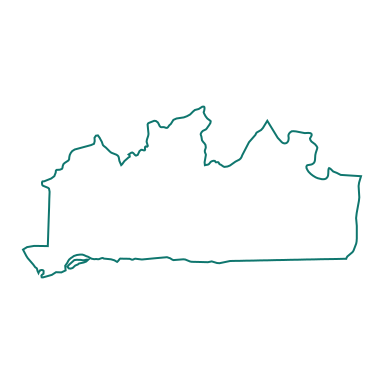 an SVG outline of Bas-Congo
{"feature_id": "COD-1883", "entity_name": "Bas-Congo", "entity_type": "Province", "adm_level": 1, "iso_a3": "COD", "parent_name": "Democratic Republic of the Congo", "parent_adm1": "", "projection": "natural_earth1", "projection_center": [14.09, -5.165], "detail": "fine", "context": "isolated", "style": "outline", "palette": "teal", "viewbox_px": 384, "rotation_deg": 0, "n_neighbors": 0, "source": "natural_earth", "source_scale": "10m", "svg_char_len": 4637}
<svg xmlns="http://www.w3.org/2000/svg" viewBox="0 0 384 384"><path d="M261.1,130.0L262.9,128.0L267.3,120.8L277.7,137.8L281.6,142.0L282.6,142.8L283.6,143.2L284.5,143.4L285.5,143.3L286.5,143.0L287.3,142.3L288.0,141.4L288.4,140.4L288.6,139.2L288.7,138.0L288.4,135.8L288.6,134.6L289.1,133.6L289.9,132.6L290.8,131.9L291.7,131.3L293.5,131.2L295.9,131.4L304.7,133.1L308.4,132.9L310.6,133.2L311.5,134.0L311.7,135.0L311.3,136.1L310.0,138.4L310.3,139.8L311.4,141.5L315.0,144.2L316.5,146.0L317.3,147.4L317.2,148.5L315.8,152.8L315.3,155.1L315.0,159.8L314.8,161.0L314.4,162.1L313.7,163.1L312.8,163.8L311.9,164.3L310.9,164.6L307.8,165.1L306.9,165.5L306.4,166.6L306.5,168.1L307.6,170.3L308.6,171.8L310.8,174.0L313.0,175.7L315.6,177.3L317.7,178.2L321.9,179.2L323.9,179.2L325.0,179.0L326.1,178.5L326.9,177.7L327.5,176.9L327.8,176.3L328.1,175.3L328.3,173.0L328.4,170.1L328.6,168.9L329.1,168.1L330.0,168.5L330.9,169.2L333.2,171.5L336.8,172.9L340.7,174.9L361.0,176.2L359.1,182.6L358.6,186.0L359.3,197.4L358.9,201.0L356.7,213.0L356.1,218.1L356.8,225.9L356.8,238.5L356.6,241.4L356.2,243.6L353.6,250.4L353.0,251.5L352.2,252.4L347.3,256.5L346.1,258.7L346.1,258.8L343.9,258.8L336.3,259.0L328.8,259.1L321.2,259.2L313.6,259.4L306.0,259.5L298.5,259.7L290.9,259.8L283.3,260.0L275.7,260.1L268.2,260.3L260.6,260.4L253.0,260.6L245.4,260.7L237.9,260.9L234.7,260.9L230.1,261.0L219.5,263.2L217.0,263.0L211.7,261.4L207.9,262.2L200.4,262.0L191.7,261.8L190.1,261.5L185.2,259.5L183.3,259.3L173.4,260.1L172.2,259.6L170.2,258.3L167.0,257.2L155.6,258.2L141.9,259.5L135.3,258.7L134.5,258.9L133.0,259.6L132.0,259.7L129.6,258.8L122.9,258.7L120.2,258.6L119.7,259.0L118.0,261.1L117.1,261.9L114.4,260.3L111.0,259.3L104.0,258.6L103.9,258.6L102.8,258.0L101.5,258.2L98.8,259.2L97.6,259.2L96.1,259.0L94.2,259.2L91.6,258.7L87.7,256.6L86.6,256.3L83.7,255.0L82.3,254.6L80.0,254.6L76.9,255.0L73.9,256.0L71.8,257.5L71.1,257.9L69.2,259.5L68.2,261.0L67.3,262.8L65.2,265.8L65.6,270.4L61.4,272.4L56.0,272.2L51.8,274.9L45.1,276.8L42.9,277.4L41.7,277.3L41.4,275.7L41.8,275.0L43.5,273.7L43.6,271.4L43.5,270.7L42.7,270.1L41.3,270.0L40.0,270.4L39.7,271.1L39.1,271.5L38.5,273.0L37.5,270.9L37.1,269.2L36.8,268.4L36.4,268.0L35.4,267.4L35.1,267.1L33.3,264.6L27.7,258.1L26.3,255.9L23.0,249.6L27.1,247.1L34.2,245.9L41.7,246.0L47.8,246.1L48.1,237.2L48.3,230.9L48.7,218.9L49.1,207.4L49.3,199.2L49.6,191.8L49.0,188.6L48.0,187.8L42.9,185.7L42.4,185.2L42.1,184.2L42.0,183.2L42.0,182.4L42.4,181.5L42.9,181.3L43.6,181.4L44.2,181.3L51.2,178.5L54.3,176.2L55.7,172.6L55.9,170.6L56.6,169.9L59.9,169.7L61.9,168.9L62.5,167.8L62.7,166.2L63.4,164.2L64.6,163.0L68.4,160.5L69.1,159.3L69.3,157.1L69.8,154.9L70.8,152.9L72.2,151.1L74.7,149.5L91.0,145.1L94.0,143.8L94.7,141.1L94.5,137.8L95.9,135.7L97.9,135.4L99.7,137.9L100.4,139.3L101.8,141.8L102.9,145.0L103.7,145.9L105.9,147.6L109.8,151.5L111.3,152.7L116.4,154.7L117.6,155.5L118.4,156.4L118.8,157.6L119.4,160.9L121.2,165.1L122.1,164.3L124.4,161.1L128.6,157.4L129.6,156.9L129.8,156.2L129.5,155.3L128.6,154.5L131.3,152.7L132.3,152.5L133.3,153.1L135.0,155.0L136.0,155.6L136.7,155.3L137.7,154.9L139.5,151.1L141.2,149.8L142.0,149.8L143.9,150.4L144.7,150.3L145.1,149.7L144.9,147.9L145.2,146.8L145.9,146.4L146.6,146.7L147.2,146.7L147.8,145.9L146.6,141.8L146.9,139.7L148.2,135.8L148.5,133.9L147.6,124.6L148.0,123.5L148.9,122.9L154.2,120.8L155.9,121.0L157.8,122.4L158.5,123.6L159.7,126.1L160.6,127.0L161.4,127.2L163.7,127.1L163.8,127.1L166.2,127.9L167.0,127.9L167.9,127.3L169.3,125.3L170.6,124.2L170.8,124.0L171.0,123.7L173.4,119.9L176.5,118.5L183.8,117.4L187.0,116.2L190.1,114.5L193.2,111.4L194.9,110.0L198.7,109.0L202.3,106.7L203.8,106.6L204.3,107.0L204.5,107.8L204.5,108.8L204.3,110.1L204.0,111.4L203.7,112.0L203.7,112.5L204.3,113.9L205.6,116.3L207.3,118.5L210.1,120.6L210.7,121.2L210.4,123.0L209.2,125.0L207.9,126.8L206.9,128.3L205.9,129.4L202.8,130.9L201.5,132.3L200.8,133.7L200.7,134.5L201.4,136.6L202.0,140.3L203.3,142.1L204.5,143.4L205.5,145.0L205.8,147.4L205.6,148.3L205.0,150.0L204.8,150.9L204.9,152.0L205.2,152.9L205.6,153.8L205.9,154.8L204.6,162.3L204.9,165.2L206.4,164.9L208.0,164.6L209.0,164.0L210.7,161.9L211.7,161.3L213.3,160.8L214.8,160.9L215.5,161.9L215.9,162.3L217.7,162.2L218.4,162.3L218.7,162.7L219.4,164.0L219.8,164.3L220.8,164.7L223.4,166.5L224.4,166.9L227.5,166.5L230.0,165.5L235.5,161.6L239.4,159.6L240.7,158.4L241.6,156.9L242.2,155.3L249.0,142.2L255.4,134.9L256.0,133.6L256.6,132.6L261.1,130.0ZM80.7,259.9L83.1,260.3L84.8,260.1L86.3,259.7L88.2,259.7L86.1,261.6L83.7,262.5L79.0,263.5L77.8,264.5L75.3,265.5L72.6,268.0L70.6,268.6L68.8,268.4L67.4,266.7L69.1,264.7L71.6,262.5L74.3,260.1L76.5,259.8L80.7,259.9Z" fill="none" stroke="#0f766e" stroke-width="2"/></svg>